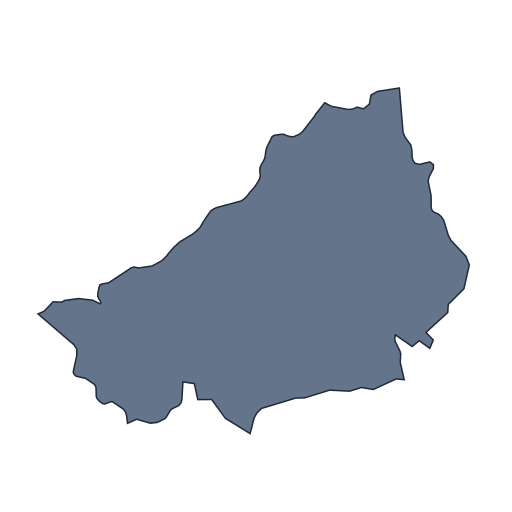 SVG path tracing the border of Segovia, rotated 184°
{"feature_id": "ESP-5843", "entity_name": "Segovia", "entity_type": "Autonomous Community", "adm_level": 1, "iso_a3": "ESP", "parent_name": "Spain", "parent_adm1": "", "projection": "albers", "projection_center": [-3.954, 41.108], "detail": "fine", "context": "isolated", "style": "filled", "palette": "slate", "viewbox_px": 512, "rotation_deg": 184, "n_neighbors": 0, "source": "natural_earth", "source_scale": "10m", "svg_char_len": 2107}
<svg xmlns="http://www.w3.org/2000/svg" viewBox="0 0 512 512"><g transform="rotate(184 256 256)"><path d="M198.1,413.7L191.4,410.6L174.2,408.6L169.8,409.3L165.5,411.6L159.0,410.3L153.5,415.4L152.5,424.6L146.2,428.7L124.7,433.6L117.9,389.4L115.5,384.8L109.3,377.5L107.8,372.1L107.1,365.1L105.9,362.1L103.7,359.5L99.3,358.8L89.1,362.0L85.4,359.5L85.1,355.6L88.8,347.2L89.5,342.7L85.5,328.2L84.6,316.2L83.3,313.5L81.4,312.1L77.0,310.5L73.9,308.2L71.2,304.7L65.6,290.0L62.5,285.1L46.6,270.4L42.6,261.9L46.3,237.8L60.8,221.1L60.8,213.0L81.1,191.7L73.3,184.5L76.2,176.0L87.3,182.9L93.9,176.6L111.5,187.1L111.8,183.0L111.2,180.5L105.7,171.1L104.8,168.6L104.7,160.0L99.5,142.9L107.5,143.2L129.7,131.0L141.7,132.2L153.1,127.7L173.3,127.3L197.5,117.9L206.6,117.0L239.9,104.3L244.3,99.2L246.5,94.5L249.5,78.4L275.2,91.9L290.1,109.6L290.6,109.7L304.1,108.7L308.6,124.4L320.1,125.3L319.9,107.6L320.6,104.2L322.6,101.4L328.9,97.8L330.7,96.0L334.2,89.1L335.8,87.2L342.8,83.1L349.6,81.8L363.7,84.8L372.5,80.1L374.0,88.0L375.3,91.2L377.6,94.0L389.1,100.6L391.2,100.3L396.4,97.8L398.5,98.0L401.8,99.9L404.7,102.8L405.5,104.5L406.4,113.3L407.1,115.2L408.3,116.7L417.4,122.0L426.9,123.5L429.0,125.0L430.0,126.6L430.2,128.4L427.8,144.5L428.4,150.9L431.6,154.9L469.4,183.0L463.5,186.1L455.3,196.1L446.7,196.4L443.6,198.4L429.9,201.2L415.8,200.5L408.2,197.4L407.4,198.5L408.3,200.3L409.8,202.4L411.1,204.9L411.2,207.4L410.5,213.2L409.8,216.3L407.6,217.4L401.2,219.0L379.4,235.7L377.1,236.5L372.1,235.9L359.0,238.8L350.1,244.4L347.3,247.2L345.1,249.9L343.4,252.6L338.4,259.2L332.9,264.9L320.8,273.4L316.6,277.3L313.8,280.6L311.1,286.2L309.4,289.0L308.0,291.8L304.2,297.9L301.6,299.9L298.9,301.5L274.6,309.9L271.7,312.2L269.0,315.3L266.6,319.1L262.4,324.4L258.7,331.1L257.8,333.7L257.3,336.3L258.2,341.4L258.2,344.2L257.3,347.2L255.5,350.6L254.3,353.6L253.8,356.5L253.5,362.0L252.9,364.8L250.8,370.2L249.6,372.9L248.5,375.8L246.8,377.4L245.1,378.0L238.6,379.3L236.1,379.2L233.7,378.2L230.5,377.6L227.0,377.5L221.4,380.4L218.4,383.1L207.4,399.5L206.3,401.8L198.1,413.7Z" fill="#64748b" stroke="#1e293b" stroke-width="1.5"/></g></svg>